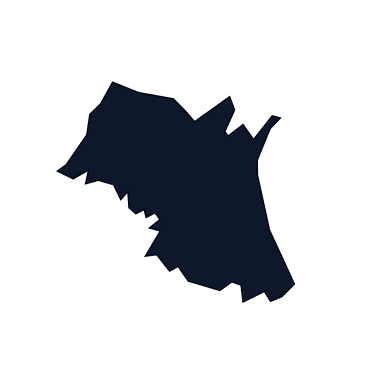 Hamblen, Tennessee, United States of America, rotated 244°
{"feature_id": "52423323B13486239193987", "entity_name": "Hamblen", "entity_type": "district", "adm_level": 2, "iso_a3": "USA", "parent_name": "United States of America", "parent_adm1": "Tennessee", "projection": "mercator", "projection_center": [-83.267, 36.215], "detail": "fine", "context": "isolated", "style": "filled", "palette": "ink", "viewbox_px": 384, "rotation_deg": 244, "n_neighbors": 0, "source": "geoboundaries", "source_scale": "gbopen_adm2", "svg_char_len": 783}
<svg xmlns="http://www.w3.org/2000/svg" viewBox="0 0 384 384"><g transform="rotate(244 192 192)"><path d="M267.3,221.6L283.9,216.0L304.9,187.3L325.4,168.8L311.2,148.4L306.6,134.3L289.4,122.5L271.6,90.8L269.8,80.2L256.0,91.0L257.1,108.7L246.1,100.0L243.6,113.1L233.0,124.7L216.4,124.7L220.7,134.7L205.5,128.5L197.1,132.0L197.3,141.3L189.3,139.7L189.5,149.7L181.3,151.2L178.3,138.0L170.9,146.5L154.8,122.0L151.2,132.8L130.8,137.2L131.3,146.9L113.6,149.6L91.3,174.0L93.9,188.5L86.7,195.3L70.8,189.7L71.0,213.5L59.4,214.7L58.6,226.9L64.4,243.6L87.1,244.2L123.8,244.9L178.8,258.3L192.1,264.6L214.7,289.9L219.8,303.8L225.2,297.5L212.1,270.3L230.2,267.4L226.5,248.9L231.9,247.9L247.1,266.2L261.1,267.6L254.0,225.1L267.3,221.6Z" fill="#0f172a" stroke="#020617" stroke-width="1.5"/></g></svg>